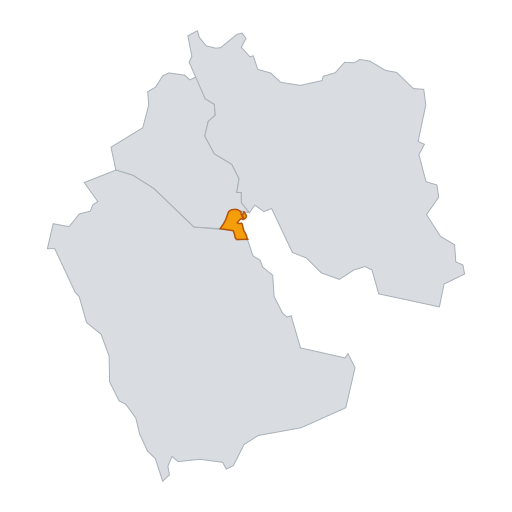 Kuwait and the surrounding countries
{"feature_id": "KWT", "entity_name": "Kuwait", "entity_type": "country or territory", "adm_level": 0, "iso_a3": "KWT", "parent_name": "Asia", "parent_adm1": "", "projection": "equal_earth", "projection_center": [47.815, 29.315], "detail": "fine", "context": "with_neighbors", "style": "filled", "palette": "amber", "viewbox_px": 512, "rotation_deg": 0, "n_neighbors": 3, "source": "natural_earth", "source_scale": "50m", "svg_char_len": 2884}
<svg xmlns="http://www.w3.org/2000/svg" viewBox="0 0 512 512"><path d="M115.9,170.1L111.0,147.2L142.8,127.7L148.7,105.2L147.7,91.7L155.5,87.2L162.9,75.7L168.9,72.9L184.9,75.2L189.7,79.9L196.4,76.8L205.2,98.7L214.3,104.3L215.3,115.1L208.2,121.5L204.8,136.1L214.4,153.9L231.8,164.3L239.1,178.7L236.7,192.5L241.3,192.5L241.4,202.6L249.4,212.7L231.2,210.2L220.6,228.6L193.8,227.1L153.9,188.6L132.9,175.3L115.9,170.1Z" fill="#d9dde1" stroke="#a8b0b8" stroke-width="1"/><path d="M249.4,212.7L241.4,202.6L241.3,192.5L236.7,192.5L239.1,178.7L231.8,164.3L214.4,153.9L204.8,136.1L208.2,121.5L215.3,115.1L214.3,104.3L205.2,98.7L189.1,62.2L191.9,56.6L187.9,35.8L197.4,30.7L199.4,37.5L206.2,45.8L215.6,48.2L220.6,47.7L236.8,34.4L241.9,33.1L246.0,38.3L241.3,47.3L249.9,56.8L253.3,55.8L257.7,69.3L270.9,73.1L280.6,82.3L300.4,85.4L322.0,80.6L323.2,76.3L335.3,72.7L344.7,62.3L354.0,62.8L359.9,59.5L369.8,61.1L385.5,70.4L396.6,72.4L413.3,88.6L423.7,89.3L425.8,104.8L418.1,141.6L424.4,144.3L418.9,154.6L426.0,181.7L436.9,185.0L438.7,197.2L426.5,214.6L440.4,236.3L454.6,244.8L455.8,261.9L462.9,265.0L464.6,274.0L444.0,284.1L439.4,306.9L378.8,293.9L371.9,269.9L364.9,266.5L353.8,270.0L339.3,279.4L321.3,272.9L306.4,258.0L292.4,252.5L271.6,208.5L263.9,211.6L254.8,205.2L249.4,212.7Z" fill="#d9dde1" stroke="#a8b0b8" stroke-width="1"/><path d="M53.2,223.7L69.1,226.7L79.3,213.9L90.3,211.2L92.9,204.8L97.8,201.6L84.2,182.5L115.9,170.1L132.9,175.3L153.9,188.6L193.8,227.1L233.5,230.5L237.0,239.7L247.3,239.2L253.0,255.9L260.2,260.3L262.7,267.1L272.7,275.3L274.1,296.5L282.6,313.2L287.1,317.1L291.1,315.7L300.5,347.9L345.1,357.9L348.0,353.7L355.0,367.7L345.8,407.7L301.2,427.7L258.1,435.5L244.1,444.5L233.3,465.7L226.3,469.1L222.6,462.3L199.5,459.3L178.1,461.6L172.0,456.4L167.9,466.3L169.4,474.8L162.7,481.3L155.3,458.5L147.6,451.2L139.8,434.4L135.8,418.0L125.7,404.2L119.1,400.9L109.6,381.8L109.1,356.2L101.1,334.3L86.5,322.5L79.2,296.6L75.1,292.2L54.7,248.6L47.4,248.7L53.2,223.7Z" fill="#d9dde1" stroke="#a8b0b8" stroke-width="1"/><path d="M247.7,239.3L245.1,239.4L242.0,239.4L239.4,239.5L236.5,239.5L235.2,237.7L234.8,235.7L234.3,233.6L233.1,230.7L228.8,230.0L226.6,229.6L222.8,229.1L220.1,228.7L222.4,225.5L223.5,223.8L225.5,220.2L226.5,217.6L227.5,214.7L228.3,212.4L228.5,212.0L229.0,211.3L230.1,210.5L231.6,209.8L234.3,209.4L236.1,209.4L236.5,209.5L237.7,209.8L240.9,211.6L240.9,212.3L241.3,214.4L242.4,216.8L243.2,218.6L243.3,219.5L242.5,219.4L241.9,219.0L240.8,218.7L238.6,221.1L237.3,222.5L237.3,223.0L239.0,223.5L240.3,223.5L241.2,223.1L242.0,223.7L242.5,225.2L242.7,226.5L243.9,230.9L244.9,232.4L246.2,235.1L246.6,236.5L246.9,237.6L247.7,239.3ZM245.2,218.5L244.4,218.9L243.8,218.8L243.3,217.7L242.4,215.2L242.9,214.2L242.9,213.8L243.0,213.5L243.2,213.3L243.5,212.1L243.9,211.7L244.5,212.5L246.3,215.5L246.2,216.7L246.1,217.2L245.2,218.5Z" fill="#f59e0b" stroke="#b45309" stroke-width="1.5"/></svg>